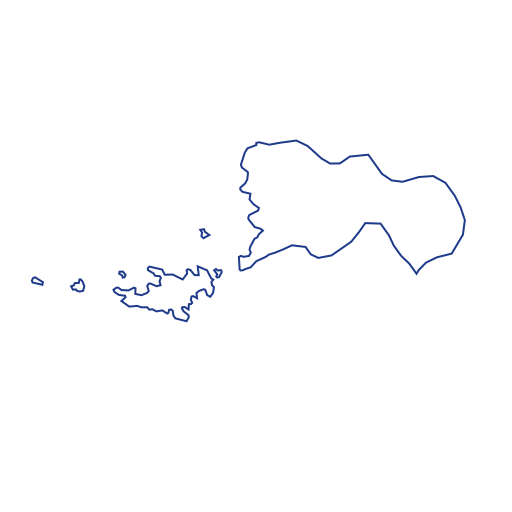 Sonchon, P'yŏngan-bukto, North Korea, rotated 54°
{"feature_id": "82179303B49493469146837", "entity_name": "Sonchon", "entity_type": "district", "adm_level": 2, "iso_a3": "PRK", "parent_name": "North Korea", "parent_adm1": "P'yŏngan-bukto", "projection": "orthographic", "projection_center": [124.88, 39.674], "detail": "fine", "context": "isolated", "style": "outline", "palette": "blue", "viewbox_px": 512, "rotation_deg": 54, "n_neighbors": 0, "source": "geoboundaries", "source_scale": "gbopen_adm2", "svg_char_len": 2895}
<svg xmlns="http://www.w3.org/2000/svg" viewBox="0 0 512 512"><g transform="rotate(54 256 256)"><path d="M308.2,59.7L295.4,65.7L287.9,77.7L282.1,93.8L274.6,101.8L263.7,105.8L251.0,105.7L240.1,105.6L230.7,121.6L230.4,133.7L224.8,141.7L215.6,145.7L206.5,147.6L197.3,149.6L186.3,155.5L178.7,169.6L173.7,179.9L169.1,183.8L166.0,186.5L164.6,189.2L166.4,190.5L163.9,199.7L165.8,204.3L173.3,214.6L176.2,215.4L183.3,213.3L184.8,214.2L189.0,218.2L190.9,222.1L191.5,228.5L193.1,229.7L196.3,229.1L202.3,223.9L206.5,228.0L212.6,227.6L212.9,227.5L218.9,225.4L220.5,227.5L218.9,237.3L220.5,239.8L222.1,240.5L231.9,240.0L236.6,236.3L239.5,235.5L240.1,240.9L241.7,244.0L241.2,247.1L245.2,255.3L247.1,257.5L250.2,258.2L251.8,261.7L249.4,266.5L247.1,268.1L246.7,270.4L252.4,274.0L257.3,277.2L258.8,276.9L260.1,274.1L260.1,272.9L262.0,266.9L260.4,258.8L262.4,248.8L262.5,244.7L264.5,238.7L266.5,230.7L268.5,220.6L277.8,210.6L286.9,210.7L294.2,206.7L299.9,194.6L300.2,182.5L300.4,170.5L297.1,158.3L293.6,148.3L303.0,136.2L317.5,136.3L328.4,138.4L341.1,138.5L352.0,136.5L361.1,136.5L364.7,136.6L363.0,132.5L361.3,122.4L363.4,110.4L369.1,96.3L365.6,88.2L360.4,76.1L349.8,66.0L337.1,61.9L334.0,61.4L324.5,59.8L308.2,59.7ZM241.9,304.5L238.8,304.0L230.1,309.2L237.8,313.6L235.4,316.9L228.7,317.3L226.7,318.8L226.6,320.4L229.7,322.0L231.9,329.1L222.0,334.3L217.6,340.8L211.8,339.9L201.9,348.5L202.4,350.8L203.9,351.7L204.6,351.4L209.8,349.1L212.6,349.3L215.8,345.7L217.8,345.8L219.6,348.8L223.5,350.4L222.1,354.1L216.5,357.4L215.3,359.0L216.2,361.5L221.3,363.4L221.9,365.6L220.4,371.7L215.7,375.9L211.3,372.5L209.9,373.3L208.9,379.4L204.5,384.8L200.5,386.1L199.5,387.9L199.6,391.2L202.1,391.6L207.0,389.7L211.2,385.3L212.7,385.8L212.9,387.4L213.3,391.4L218.8,389.5L222.4,388.3L226.6,381.4L230.0,379.0L233.5,374.2L236.7,373.8L238.2,371.1L242.2,369.2L244.9,363.8L250.4,361.6L250.4,360.1L248.5,358.1L249.3,356.1L251.5,355.6L255.6,357.8L259.0,357.9L267.9,350.6L266.1,346.4L264.2,345.4L262.8,345.8L258.2,347.1L254.7,346.7L254.1,345.7L255.5,343.6L259.6,342.0L255.5,338.6L256.7,336.8L256.4,335.2L253.0,334.4L250.9,331.9L251.5,330.4L255.5,328.5L251.0,326.0L250.8,322.5L252.2,317.7L253.6,316.9L258.8,318.5L262.1,317.0L260.6,312.4L256.5,308.3L254.0,308.8L250.9,307.4L250.0,304.4L247.7,305.4L241.9,304.5ZM181.2,419.4L182.5,416.3L179.6,412.7L174.5,411.3L171.9,411.6L171.2,412.6L173.6,415.1L171.4,418.5L172.7,420.6L171.8,423.4L175.6,423.9L177.3,421.3L179.1,421.3L181.2,419.4ZM153.7,445.8L151.9,443.8L143.3,447.3L142.9,449.6L144.3,451.9L146.1,452.3L153.7,445.8ZM211.6,281.4L206.3,283.1L203.7,282.3L202.1,285.7L205.4,285.9L207.9,288.5L210.7,288.0L211.6,281.4ZM248.8,293.1L246.9,292.6L245.2,295.5L243.0,296.0L243.0,298.3L248.1,298.1L249.2,300.2L250.5,300.1L251.4,298.3L248.8,293.1ZM195.9,374.9L194.6,372.6L190.5,372.8L188.5,375.6L189.9,377.1L193.1,375.7L195.2,376.5L195.9,374.9Z" fill="none" stroke="#1e3a8a" stroke-width="2"/></g></svg>